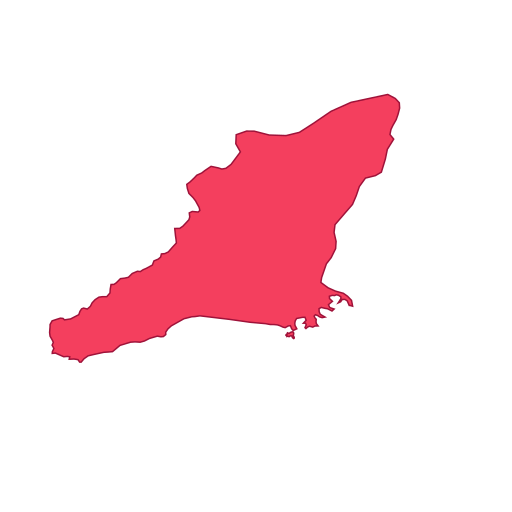 Kota Belud, Sabah, Malaysia (Robinson projection), rotated 223°
{"feature_id": "92858781B56547277278247", "entity_name": "Kota Belud", "entity_type": "district", "adm_level": 2, "iso_a3": "MYS", "parent_name": "Malaysia", "parent_adm1": "Sabah", "projection": "robinson", "projection_center": [116.462, 6.343], "detail": "fine", "context": "isolated", "style": "filled", "palette": "rose", "viewbox_px": 512, "rotation_deg": 223, "n_neighbors": 0, "source": "geoboundaries", "source_scale": "gbopen_adm2", "svg_char_len": 3339}
<svg xmlns="http://www.w3.org/2000/svg" viewBox="0 0 512 512"><g transform="rotate(223 256 256)"><path d="M269.8,464.0L291.3,433.2L299.8,413.0L304.6,391.7L308.6,376.0L316.1,364.6L328.8,353.5L342.4,346.1L348.1,340.9L353.2,331.2L347.3,324.3L338.4,321.5L336.7,306.0L337.8,299.6L340.3,296.3L343.7,294.7L350.0,290.9L351.7,283.5L352.3,279.7L354.4,274.7L354.4,271.2L354.8,264.8L355.5,261.2L352.3,258.6L347.7,256.0L342.0,255.8L337.8,255.1L330.6,252.7L328.1,251.0L328.3,248.7L333.0,245.1L334.2,242.0L331.1,239.4L329.8,236.8L329.8,228.0L330.6,224.2L334.2,220.7L328.8,216.0L325.8,213.6L323.1,211.2L323.1,205.5L322.9,199.1L324.3,195.6L326.6,193.0L325.0,190.1L325.4,187.0L327.3,182.8L325.6,178.7L327.9,171.9L329.2,169.0L330.0,165.7L332.3,164.0L334.6,158.8L334.8,153.4L336.9,150.3L339.7,147.0L339.9,141.1L340.5,138.4L342.6,136.3L340.1,132.5L337.6,129.4L337.4,124.5L340.5,121.6L342.8,118.8L343.9,114.3L343.9,110.0L342.8,106.2L343.2,102.2L346.6,100.3L347.5,98.4L347.0,95.5L345.6,92.2L348.7,83.5L352.5,78.7L354.6,78.7L356.7,77.1L359.0,73.0L360.9,69.5L359.9,65.5L358.2,63.6L354.8,59.3L351.9,56.9L347.4,55.5L345.3,54.6L344.3,51.7L342.6,51.2L340.7,50.5L339.7,47.2L338.6,45.8L336.5,48.2L327.9,51.2L325.6,53.8L323.5,55.3L322.2,53.1L318.9,56.5L315.5,58.8L312.6,58.1L311.5,59.1L311.7,63.6L310.7,68.5L307.5,73.3L304.6,77.5L301.6,81.8L298.5,85.1L295.7,88.2L294.5,97.9L289.0,107.4L285.9,110.7L281.9,114.0L279.6,117.8L277.7,123.0L273.5,130.1L270.5,132.0L268.8,133.9L268.4,137.0L270.1,138.7L270.7,142.7L270.3,147.2L265.9,161.0L261.5,167.8L259.4,170.0L256.2,174.0L232.3,191.5L215.0,203.6L202.8,213.1L199.0,215.5L195.9,218.3L193.4,220.2L190.8,221.4L187.7,222.4L185.8,223.5L184.7,226.9L183.3,228.5L180.3,227.1L178.0,226.9L176.5,230.6L180.1,231.8L181.8,233.3L183.1,235.4L183.7,238.0L180.3,242.7L178.4,244.6L175.5,243.2L175.5,239.2L174.0,240.6L172.3,239.9L171.3,237.0L170.0,237.0L169.8,239.2L169.0,241.1L166.0,242.7L165.2,244.9L162.9,247.2L165.8,247.7L167.3,248.9L168.8,250.8L170.9,251.0L172.5,251.7L172.5,253.6L170.0,254.6L168.1,254.8L165.6,256.0L163.9,258.4L166.9,257.7L169.4,257.2L171.9,258.4L174.0,260.5L173.2,262.9L169.8,264.8L167.7,266.2L162.9,267.6L162.7,270.5L166.9,268.6L169.8,269.8L169.6,271.9L169.2,275.0L173.2,275.0L174.9,276.6L173.4,279.2L171.5,280.7L170.9,282.3L169.0,283.5L166.2,284.0L165.0,283.0L164.3,280.2L163.9,277.8L162.9,280.2L163.3,283.0L161.4,284.9L158.7,285.4L154.1,283.4L153.4,284.0L151.1,285.2L155.9,288.7L161.6,289.0L166.7,288.3L174.0,284.5L181.6,281.9L190.5,280.9L193.3,285.0L199.2,298.3L199.9,306.1L202.8,315.7L207.4,321.3L215.0,326.5L219.6,332.8L220.2,348.0L220.6,359.5L223.8,368.4L227.8,377.3L229.1,387.6L223.5,396.2L221.5,402.8L227.5,415.1L232.7,423.6L235.0,435.4L240.9,436.2L243.6,440.6L244.9,444.7L246.5,451.4L248.8,456.6L251.8,462.1L255.7,465.8L261.6,466.2L269.8,464.0ZM178.9,218.4L178.5,218.2L178.3,218.9L177.9,219.0L177.1,219.4L176.7,219.7L176.5,220.7L176.3,221.2L175.9,221.6L175.4,221.8L175.0,221.8L174.4,221.5L173.7,221.2L172.8,221.2L172.1,221.3L172.0,221.7L172.2,222.2L172.5,222.5L173.1,222.8L173.9,223.1L174.7,223.3L174.9,223.8L175.1,224.4L175.6,225.1L176.3,225.6L177.0,225.7L177.6,225.4L178.2,224.6L178.5,224.0L178.8,223.3L178.8,222.4L179.1,221.8L179.8,221.6L180.6,221.3L180.3,220.6L179.9,220.2L180.3,219.6L180.3,218.9L180.2,218.5L179.7,218.4L179.2,218.6L178.9,218.4Z" fill="#f43f5e" stroke="#9f1239" stroke-width="1.5"/></g></svg>